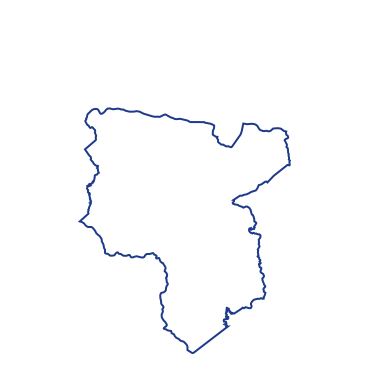 Moatize, Tete, Mozambique (Mercator projection), rotated 139°
{"feature_id": "85939544B94790467869630", "entity_name": "Moatize", "entity_type": "district", "adm_level": 2, "iso_a3": "MOZ", "parent_name": "Mozambique", "parent_adm1": "Tete", "projection": "mercator", "projection_center": [34.056, -16.014], "detail": "fine", "context": "isolated", "style": "outline", "palette": "blue", "viewbox_px": 384, "rotation_deg": 139, "n_neighbors": 0, "source": "geoboundaries", "source_scale": "gbopen_adm2", "svg_char_len": 6010}
<svg xmlns="http://www.w3.org/2000/svg" viewBox="0 0 384 384"><g transform="rotate(139 192 192)"><path d="M167.8,270.8L170.3,272.8L172.0,274.7L177.1,282.8L178.9,287.1L180.6,289.2L183.7,291.2L186.5,293.7L188.8,296.9L189.7,299.3L191.4,300.8L192.0,302.1L193.3,303.6L197.0,306.0L197.9,307.0L199.1,308.9L201.0,310.3L202.8,310.4L205.6,309.9L207.3,309.9L208.3,310.1L209.4,310.7L209.7,311.6L208.9,315.2L209.0,316.4L209.4,317.1L210.3,318.0L211.9,319.0L213.7,319.5L219.5,319.2L220.3,318.9L222.5,317.2L223.7,316.9L224.1,316.2L225.8,315.7L226.1,315.3L227.0,311.6L226.5,309.9L226.9,307.6L226.5,306.9L225.1,306.7L224.7,306.2L224.6,302.4L225.1,301.4L226.3,300.6L227.5,297.2L228.5,296.7L230.0,294.7L230.4,294.4L231.2,294.3L244.8,294.4L245.6,287.3L245.4,285.1L246.0,283.7L247.2,283.0L247.2,279.3L247.6,277.9L247.4,275.9L246.7,273.7L246.4,273.5L246.0,273.6L245.9,273.4L246.9,272.5L248.0,272.4L248.0,271.0L249.1,269.6L249.8,267.6L250.9,267.8L252.3,267.5L253.6,268.2L254.5,268.2L256.5,266.3L259.3,264.4L259.8,264.6L259.8,265.0L260.0,265.0L260.6,264.7L260.8,264.1L261.8,264.3L262.3,264.1L264.0,265.2L264.3,264.5L264.0,264.1L264.1,263.4L265.8,263.9L265.9,265.0L266.6,264.8L267.1,265.2L267.8,264.2L268.8,263.7L269.2,262.8L269.2,261.5L270.6,260.2L270.6,259.4L270.1,258.6L270.4,257.5L270.8,257.3L271.3,257.6L271.6,257.3L271.8,256.2L273.0,254.7L273.0,253.9L273.8,253.4L273.8,252.8L274.3,252.1L274.2,251.2L274.5,251.0L275.1,251.1L275.6,250.1L276.2,250.4L276.1,249.9L276.3,249.5L279.8,247.9L280.5,247.2L281.8,246.7L282.0,246.1L282.5,245.9L283.7,244.9L284.3,243.6L296.0,243.4L294.9,241.7L294.1,239.4L294.2,236.1L293.5,233.9L290.9,231.6L290.5,230.5L290.4,229.4L290.6,226.3L291.3,223.3L290.6,219.0L291.0,216.2L291.4,215.3L292.5,213.8L293.3,210.5L295.2,207.2L295.5,205.5L297.3,203.6L297.6,202.9L297.5,202.2L296.1,200.5L295.5,197.7L294.4,196.6L292.4,195.3L291.5,195.2L290.2,195.7L289.0,195.7L287.9,195.4L287.6,194.9L287.7,193.3L286.4,191.9L285.8,189.4L285.4,188.8L283.7,187.1L281.0,185.9L280.5,185.5L280.4,185.0L280.8,183.1L280.4,182.2L279.7,181.6L277.1,180.5L275.7,179.6L274.1,177.1L272.3,174.9L270.8,174.3L268.5,175.0L266.9,174.9L264.7,173.1L261.7,171.6L261.4,171.2L261.5,169.5L260.6,167.4L260.8,166.8L262.3,166.0L262.4,165.3L262.2,164.9L260.4,164.0L260.2,163.7L261.4,160.3L261.2,158.4L260.6,157.7L261.3,153.0L262.0,151.7L264.1,150.6L264.6,150.1L264.4,148.0L264.9,146.0L266.1,145.1L266.5,144.5L267.3,144.5L268.0,144.2L268.7,142.5L270.1,140.7L270.5,138.5L271.9,137.8L272.8,137.7L274.7,136.5L275.8,135.3L277.3,134.7L279.2,134.9L281.5,136.0L282.3,135.8L283.8,134.8L285.7,132.4L286.7,130.2L288.2,128.4L288.7,127.0L288.6,125.5L289.0,123.9L289.8,123.3L291.3,123.0L292.1,121.2L293.0,120.5L295.1,119.6L296.8,117.6L297.2,116.4L297.7,113.5L297.5,111.9L297.6,110.4L297.9,108.9L298.3,108.1L299.1,107.7L302.2,107.8L302.8,107.5L302.8,107.0L301.6,105.1L301.2,103.6L299.0,100.8L300.0,98.7L299.0,96.6L299.5,94.5L299.5,92.4L298.3,89.4L298.3,87.4L296.8,85.1L296.4,84.0L296.2,80.8L296.4,79.5L297.0,78.1L299.1,75.7L297.6,70.7L297.0,69.9L296.0,69.6L253.6,67.0L254.6,67.7L254.5,68.1L253.4,68.2L253.2,68.4L253.8,70.2L254.2,70.4L254.3,70.7L252.7,70.3L252.1,70.4L252.0,71.2L251.6,71.8L252.9,73.2L252.4,74.2L251.6,74.7L249.7,74.0L249.0,73.2L248.0,72.7L247.5,72.9L246.7,73.9L248.1,74.7L248.2,75.4L248.0,75.9L246.3,76.3L246.3,77.9L245.0,78.4L245.0,79.0L244.3,79.1L243.8,78.7L243.2,78.9L243.4,80.4L242.5,80.8L241.8,81.8L241.1,82.3L241.5,81.8L241.6,80.7L240.9,80.1L240.8,79.6L241.7,78.6L241.5,76.8L242.3,76.6L242.3,76.0L241.5,75.0L242.2,75.0L242.3,74.5L241.7,73.8L240.9,73.8L239.9,72.6L231.0,71.4L229.7,71.5L229.1,70.2L227.1,69.9L225.1,66.8L223.9,65.9L223.1,66.0L222.0,66.6L221.1,68.6L220.6,69.2L218.7,69.9L216.1,70.1L212.7,68.5L211.1,67.0L209.7,66.7L208.6,64.9L207.8,64.5L207.0,65.6L206.4,65.6L203.7,67.0L202.7,67.9L203.2,69.6L202.0,71.2L201.9,71.8L201.0,72.3L199.2,72.3L198.5,72.9L198.4,74.5L196.7,79.1L195.6,80.6L193.6,80.8L192.6,81.6L192.1,83.5L192.7,85.6L192.7,86.7L192.4,87.2L190.0,88.6L189.6,89.2L189.6,89.7L190.1,90.4L190.1,91.3L189.5,92.0L188.9,93.5L188.4,93.8L187.5,93.2L186.8,93.3L186.6,93.9L186.6,95.2L185.4,95.5L185.1,95.9L185.3,97.0L184.3,98.6L184.8,99.8L184.7,100.4L183.4,100.6L182.1,102.9L181.0,104.1L180.5,104.3L180.1,105.5L177.1,106.4L176.6,106.8L176.0,108.7L175.5,109.2L174.8,109.4L174.3,110.5L173.7,111.0L172.9,112.2L170.3,112.8L168.8,114.3L168.8,115.3L169.2,116.2L169.9,116.6L170.5,117.7L170.6,118.3L171.9,119.4L172.2,120.7L172.5,120.9L173.6,121.1L173.8,121.9L174.5,122.7L174.5,124.7L173.9,126.0L172.6,126.8L171.3,126.2L172.3,125.3L172.0,124.6L171.1,124.6L169.3,123.4L168.8,124.0L168.0,124.1L167.8,124.6L168.0,125.0L164.0,126.2L163.7,126.9L164.2,129.0L162.9,130.6L161.8,132.8L161.2,134.7L161.5,135.2L161.4,136.3L159.5,140.2L159.2,142.6L159.9,144.7L160.8,145.6L163.5,146.5L163.8,147.7L165.4,150.5L165.9,152.2L168.3,155.3L168.7,156.2L168.4,157.1L166.5,157.4L166.0,157.8L165.7,158.2L166.1,158.8L158.1,157.7L156.6,156.3L154.9,155.9L152.4,154.5L149.5,153.6L147.5,153.3L142.8,151.3L140.4,151.8L137.1,153.4L134.6,152.2L130.2,151.8L128.9,151.0L128.8,149.7L119.8,150.6L102.3,149.8L100.9,148.2L100.4,148.4L98.7,150.9L97.5,151.5L97.6,153.0L96.7,153.7L95.6,155.3L95.1,156.4L94.2,157.0L93.6,158.7L91.3,161.7L91.0,162.4L91.3,163.4L91.1,164.1L90.0,164.7L89.2,165.7L88.1,170.3L86.6,170.6L84.7,169.8L83.8,169.9L83.3,170.5L82.9,171.7L83.2,173.3L83.0,173.9L82.2,175.1L81.2,175.8L82.6,177.8L83.3,181.3L84.2,182.6L85.9,184.3L89.2,186.7L92.3,186.6L93.7,187.0L94.6,187.8L95.8,189.5L97.5,190.5L98.4,191.4L99.8,194.0L99.9,194.6L99.9,195.8L99.3,199.4L99.8,201.2L100.7,202.8L102.9,204.9L105.8,206.9L108.4,210.0L114.8,205.1L117.7,203.5L131.5,200.1L132.7,200.0L133.3,200.3L134.7,202.8L136.2,203.9L137.5,207.4L138.8,208.6L139.5,212.6L138.0,214.6L137.8,216.2L136.7,217.0L137.7,218.0L138.7,221.6L136.3,224.3L133.7,225.6L131.8,227.4L131.7,228.0L133.0,231.1L136.8,235.9L136.9,236.7L147.4,245.9L148.6,249.0L152.9,255.0L156.1,257.3L156.9,258.2L158.4,261.3L159.1,262.2L161.1,267.8L162.3,268.6L166.7,269.7L167.5,270.2L167.8,270.8Z" fill="none" stroke="#1e3a8a" stroke-width="2"/></g></svg>